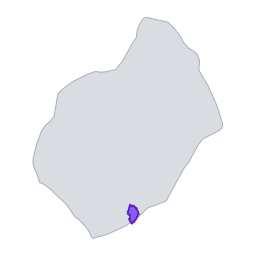 location of Sephokong, Leribe, Lesotho, rotated 181°
{"feature_id": "5366337B15377139877013", "entity_name": "Sephokong", "entity_type": "district", "adm_level": 2, "iso_a3": "LSO", "parent_name": "Lesotho", "parent_adm1": "Leribe", "projection": "equal_earth", "projection_center": [28.145, -28.812], "detail": "fine", "context": "in_parent", "style": "filled", "palette": "violet", "viewbox_px": 256, "rotation_deg": 181, "n_neighbors": 0, "source": "geoboundaries", "source_scale": "gbopen_adm2", "svg_char_len": 4014}
<svg xmlns="http://www.w3.org/2000/svg" viewBox="0 0 256 256"><g transform="rotate(181 128 128)"><path d="M169.5,181.0L162.2,183.7L161.2,183.9L156.5,183.3L150.3,183.9L145.4,185.4L141.7,185.9L135.5,193.5L124.3,214.1L121.3,218.4L120.4,226.4L117.8,232.8L114.7,237.8L111.6,239.0L102.2,237.0L90.2,234.5L83.3,228.3L77.1,220.2L73.8,214.2L70.4,211.0L69.2,209.2L64.3,206.4L62.5,205.0L60.8,204.0L58.9,200.1L57.7,196.7L58.1,187.1L54.7,181.4L48.8,171.7L45.0,163.8L39.9,152.9L36.7,143.6L33.5,133.9L33.9,129.8L37.0,126.9L46.0,122.1L53.0,118.3L58.1,111.4L63.5,101.1L66.2,95.0L68.9,92.1L71.8,87.8L76.9,78.1L82.5,67.3L88.6,55.8L96.3,52.4L106.8,48.6L116.8,38.5L128.9,29.9L148.3,20.7L157.3,18.3L160.8,17.0L162.9,18.7L165.2,24.0L168.5,28.5L176.2,36.2L179.4,38.0L187.3,49.4L195.7,57.3L205.4,66.2L212.0,70.7L215.4,72.0L218.1,79.9L220.9,85.9L222.5,91.4L222.2,96.8L219.1,110.0L214.5,123.4L210.9,129.0L206.6,132.6L202.3,137.9L200.6,148.7L198.6,161.4L193.0,166.6L188.7,170.0L182.7,174.2L169.5,181.0Z" fill="#d9dde1" stroke="#a8b0b8" stroke-width="1"/><path d="M125.1,50.2L124.9,49.7L125.0,49.6L125.1,49.4L125.3,49.2L125.2,49.1L125.4,48.9L125.5,48.7L125.4,48.4L125.5,48.3L125.4,48.2L125.5,48.1L125.5,47.9L125.7,47.5L125.7,47.3L125.8,47.2L125.8,46.9L125.9,46.7L125.9,46.3L125.9,46.2L125.7,46.2L125.8,45.7L126.0,45.4L126.1,45.2L126.3,45.1L126.6,45.0L126.9,45.0L127.0,44.9L127.0,44.7L127.0,44.4L126.9,44.4L126.7,44.4L126.5,44.2L126.5,43.9L126.5,43.7L126.6,43.4L126.7,43.0L126.8,42.7L126.9,42.3L126.8,42.2L126.8,42.3L126.6,42.5L126.5,42.8L126.4,42.8L126.3,42.6L126.1,41.9L125.8,41.5L125.8,41.3L125.6,41.0L125.4,41.0L125.2,40.9L124.7,40.9L124.5,41.0L124.4,41.2L124.3,40.9L124.4,40.7L124.4,40.3L124.5,40.1L124.4,40.0L124.5,39.8L124.5,39.5L124.5,39.4L124.5,39.2L124.5,38.9L124.5,38.6L124.5,38.4L124.5,38.2L124.6,37.9L124.6,37.7L124.6,37.4L124.8,37.3L124.7,37.2L124.7,37.3L124.6,37.2L124.8,37.2L124.7,37.1L124.8,37.0L124.7,36.9L124.8,36.8L124.9,36.7L125.0,36.7L124.9,36.6L124.7,36.5L124.7,36.3L124.6,36.2L124.7,35.9L124.6,35.7L124.4,35.6L124.5,35.4L124.5,35.2L124.4,35.0L124.3,34.9L124.2,34.8L124.3,34.8L124.2,34.7L124.1,34.4L124.0,34.2L123.9,34.2L123.9,33.9L123.7,33.7L123.7,33.8L123.6,33.7L123.4,33.6L123.3,33.4L123.2,33.4L123.2,33.2L122.9,33.3L122.9,33.2L122.6,33.2L122.5,32.9L122.3,32.7L122.3,32.3L122.2,32.3L121.9,32.8L121.7,32.9L121.6,33.0L121.5,33.4L121.5,33.5L121.6,33.8L121.4,33.8L121.3,33.5L121.2,33.5L121.0,33.8L121.0,34.0L120.9,34.0L120.7,34.1L120.5,34.3L120.7,34.6L120.6,34.8L120.4,34.9L120.3,34.7L120.1,34.7L120.0,34.3L119.9,34.2L119.7,34.3L119.7,34.5L119.7,35.0L119.7,35.5L119.8,35.8L119.7,36.0L119.3,36.0L119.2,36.0L119.1,36.3L118.9,36.7L118.8,36.8L118.6,36.9L118.6,37.0L118.3,36.9L118.3,37.0L118.2,37.1L118.1,37.3L118.0,37.5L117.9,37.7L117.9,38.0L117.8,38.3L117.9,38.6L117.6,38.8L117.7,39.0L117.5,39.4L117.5,39.5L117.4,39.7L117.2,39.9L116.8,39.8L116.7,39.9L116.7,40.0L116.9,40.0L117.0,40.0L117.0,40.3L117.0,40.6L116.9,40.7L116.8,40.9L116.6,41.1L116.5,41.3L116.4,41.4L116.3,41.5L116.4,41.8L116.1,41.8L116.1,42.1L116.0,42.3L115.8,42.3L116.0,42.5L116.1,42.8L116.1,43.1L116.1,43.3L116.1,43.6L116.1,43.8L116.2,44.0L116.3,44.5L116.5,44.7L116.5,44.8L116.8,44.9L116.9,45.0L117.0,45.2L117.0,45.4L117.2,45.6L117.3,45.8L117.5,46.2L117.7,46.3L117.8,46.4L117.9,46.5L118.0,46.5L118.2,46.8L118.3,46.8L118.6,47.3L118.0,47.5L117.6,47.5L117.6,47.9L117.7,48.0L117.9,48.1L118.4,48.3L118.7,48.4L118.8,48.6L119.5,49.1L119.8,49.3L119.9,49.5L120.0,49.6L120.2,49.4L120.3,49.3L120.5,49.5L120.6,49.4L120.9,49.5L120.8,49.8L121.0,49.7L121.0,49.8L120.9,49.9L121.0,50.0L121.3,50.4L121.3,50.5L121.5,50.5L121.8,50.5L121.8,50.4L121.9,50.2L122.0,50.3L122.2,50.2L122.3,50.2L122.4,50.3L122.4,50.5L122.5,50.6L122.8,50.5L122.9,50.4L123.1,50.4L123.3,50.3L123.3,50.2L123.4,50.3L123.4,50.5L123.5,50.7L123.8,50.6L123.8,50.4L123.9,50.5L124.0,50.5L124.2,50.8L124.3,50.9L124.3,51.0L124.4,51.3L124.4,51.2L124.5,51.2L124.5,51.3L124.6,51.5L124.8,51.4L124.8,51.2L124.8,50.8L124.8,50.7L125.0,50.5L125.0,50.4L125.1,50.2Z" fill="#8b5cf6" stroke="#5b21b6" stroke-width="1.5"/></g></svg>